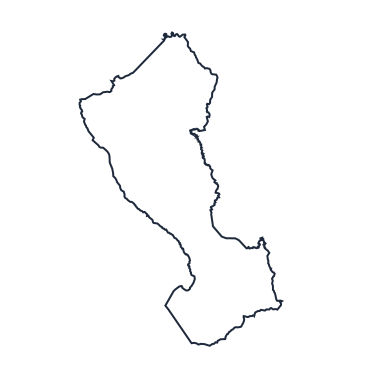 the district of Bugaba, Chiriquí, Panama, rotated 145°
{"feature_id": "35544464B94237037415944", "entity_name": "Bugaba", "entity_type": "district", "adm_level": 2, "iso_a3": "PAN", "parent_name": "Panama", "parent_adm1": "Chiriquí", "projection": "mercator", "projection_center": [-82.702, 8.679], "detail": "fine", "context": "isolated", "style": "outline", "palette": "slate", "viewbox_px": 384, "rotation_deg": 145, "n_neighbors": 0, "source": "geoboundaries", "source_scale": "gbopen_adm2", "svg_char_len": 6082}
<svg xmlns="http://www.w3.org/2000/svg" viewBox="0 0 384 384"><g transform="rotate(145 192 192)"><path d="M180.9,51.0L181.7,52.2L184.2,53.6L184.7,54.4L184.5,55.8L182.2,61.2L182.1,62.9L181.6,64.2L181.8,65.4L179.5,68.8L178.9,71.1L176.8,72.9L176.1,75.2L175.0,75.5L174.2,76.1L173.1,76.1L171.1,77.7L171.2,79.2L171.9,80.0L172.1,83.2L171.1,83.9L171.6,84.6L171.1,87.3L170.5,88.6L170.6,89.8L169.2,91.3L168.4,93.6L166.9,96.4L163.6,97.8L163.6,100.6L164.6,104.1L164.0,104.6L164.4,105.2L164.2,105.9L163.2,106.8L163.5,107.5L162.9,107.4L162.4,108.1L161.8,107.6L161.3,107.7L161.5,108.9L162.1,108.6L162.3,108.9L161.6,109.6L161.2,111.3L161.9,112.1L160.9,112.5L161.2,113.0L160.7,113.2L161.0,113.9L160.7,114.3L162.5,114.8L163.5,113.0L164.8,113.2L167.0,112.1L167.2,111.5L166.4,110.6L166.5,110.2L167.1,110.1L167.4,109.4L169.3,109.4L169.1,108.4L169.5,108.2L171.6,109.1L172.4,110.8L174.0,111.2L173.8,111.7L174.7,111.7L177.2,112.7L177.5,113.2L177.1,114.2L177.3,114.6L178.8,114.1L179.7,114.7L181.2,125.5L183.1,129.2L190.5,134.5L193.2,138.4L194.5,151.8L188.9,163.0L187.9,163.8L187.3,166.6L185.6,166.2L185.4,168.5L184.9,168.9L183.5,168.5L180.8,168.5L180.2,169.9L178.7,170.0L178.7,171.3L178.1,171.9L176.3,171.5L174.5,172.8L172.9,172.1L172.8,174.0L171.1,174.2L170.7,175.0L171.3,176.1L173.0,177.7L173.0,178.2L170.3,179.9L169.5,179.8L167.1,181.8L166.7,183.4L167.2,184.4L166.7,185.1L167.4,185.5L168.0,187.2L167.1,188.0L166.2,188.1L167.2,191.5L166.7,193.6L166.1,195.5L162.7,197.9L163.3,199.4L163.4,201.1L162.5,202.5L162.7,204.0L163.1,204.2L163.0,204.7L164.1,205.1L164.2,206.2L164.9,206.4L165.1,207.1L164.7,207.4L164.6,208.3L165.0,208.6L163.8,210.0L162.8,211.9L163.4,213.2L162.5,213.8L163.1,214.2L161.9,215.0L162.3,215.5L161.8,215.7L162.0,216.9L161.3,216.9L161.8,217.4L161.7,218.1L161.1,218.1L161.3,218.8L159.7,220.1L160.1,221.7L159.6,222.1L159.3,222.9L158.8,222.8L159.0,223.4L158.5,223.7L157.3,225.5L158.0,225.8L156.9,228.1L157.7,229.4L157.1,229.7L157.4,230.2L157.0,231.1L157.4,231.7L156.7,232.2L157.0,232.7L156.5,233.2L156.8,233.9L156.4,234.0L157.1,234.3L156.4,234.6L156.5,234.9L156.1,235.1L156.5,235.5L156.1,235.8L156.8,236.1L156.2,236.4L157.1,237.7L156.7,238.2L157.3,238.5L158.2,238.2L158.5,239.1L158.0,239.1L158.0,239.5L159.1,239.9L159.3,240.9L158.6,241.8L158.4,243.3L157.8,244.1L158.0,243.3L157.3,243.2L157.4,242.4L156.8,243.1L155.3,242.3L154.9,242.7L154.1,242.4L154.1,241.7L153.4,241.3L152.1,241.3L151.3,240.5L151.5,240.1L150.9,239.0L151.6,238.5L151.1,237.7L145.9,235.4L144.7,238.5L141.7,239.1L138.5,240.7L136.9,245.0L135.9,244.9L134.9,243.6L133.4,244.9L132.9,246.2L132.9,247.9L133.8,248.6L133.7,249.4L132.5,250.7L132.1,252.4L130.6,252.6L129.5,255.3L128.9,255.5L127.8,254.2L126.2,254.6L124.2,257.1L121.0,258.4L118.5,261.8L114.6,263.1L113.1,265.2L109.0,267.6L106.7,270.2L106.0,270.5L105.1,272.1L104.9,274.3L107.9,276.9L108.2,277.8L108.0,279.5L107.1,281.1L107.0,282.8L109.0,285.1L110.6,285.7L110.5,287.1L111.5,289.7L111.6,292.5L112.7,294.1L111.7,297.6L111.5,300.1L111.0,301.1L111.0,302.9L110.2,305.2L112.1,308.1L111.3,310.5L111.7,312.2L111.7,314.0L109.3,317.1L109.4,323.3L107.7,324.0L107.3,324.9L109.2,326.2L112.9,326.1L113.5,327.3L113.4,329.1L113.7,330.0L114.9,330.3L116.3,329.6L117.1,329.9L117.2,330.7L116.4,333.3L116.9,334.1L118.0,333.5L118.6,331.7L119.8,331.1L121.3,331.7L122.4,333.4L124.4,333.5L124.7,334.1L124.4,334.9L123.0,335.3L122.5,336.0L122.8,336.7L123.8,337.3L125.2,336.6L125.2,334.9L125.9,333.3L126.9,332.8L127.8,333.3L127.5,332.5L127.9,332.1L171.7,323.5L174.6,324.1L176.8,324.0L180.3,325.1L182.7,325.0L184.9,325.7L185.6,326.2L185.6,327.0L186.3,328.2L185.8,329.3L187.1,329.8L188.9,329.8L190.9,329.2L191.7,327.7L193.2,328.0L194.3,329.1L194.6,324.1L196.1,324.2L196.7,323.2L199.3,322.3L200.1,321.0L202.1,321.0L203.7,322.6L207.6,324.7L211.2,324.7L214.1,326.5L216.5,328.8L226.2,329.4L228.9,331.2L230.6,331.8L231.0,330.0L232.9,329.5L234.1,327.8L234.0,326.9L235.1,326.0L235.0,325.1L235.5,324.1L235.2,322.6L235.6,321.1L236.0,320.8L236.7,320.9L237.8,320.0L237.8,318.8L238.8,316.0L238.0,313.4L240.0,311.8L240.9,308.5L240.8,307.1L241.4,305.6L241.1,304.2L241.9,301.3L241.3,292.8L243.7,291.4L241.9,284.0L242.0,282.1L241.4,280.9L239.3,279.1L238.1,273.7L238.2,271.5L238.4,270.1L239.5,267.9L242.5,263.3L244.0,256.7L245.9,252.5L247.4,250.1L246.9,247.6L247.1,245.1L247.7,243.2L247.4,238.5L248.5,236.4L248.9,234.0L247.7,231.3L248.8,228.3L249.9,227.2L250.1,225.4L249.4,224.0L249.1,221.8L248.3,219.5L246.9,218.2L246.1,215.5L246.4,214.7L245.9,213.7L246.3,212.4L245.9,211.1L246.1,209.6L245.2,208.4L245.1,206.9L243.8,204.8L243.6,203.3L242.3,202.9L241.9,202.0L242.0,201.0L241.5,199.4L242.6,198.2L241.3,197.6L241.6,195.9L240.4,191.9L241.3,189.5L241.2,188.7L238.3,185.9L237.5,181.9L236.7,180.6L237.0,179.9L236.4,178.3L235.8,177.9L235.9,177.3L235.5,176.3L234.7,176.0L235.0,172.5L234.1,171.7L234.0,170.7L233.4,170.3L233.0,168.8L232.4,167.9L232.7,164.6L231.6,162.7L231.6,160.5L231.1,159.5L231.5,158.4L231.2,157.2L231.9,156.6L231.5,156.0L231.9,155.5L231.7,154.8L232.6,153.7L232.4,152.0L232.6,151.1L231.8,150.6L232.9,148.2L233.2,146.3L232.9,144.5L232.1,144.2L232.0,142.8L231.6,142.5L232.0,139.5L233.0,136.9L234.1,136.5L234.9,135.1L236.7,134.9L237.1,134.5L237.3,132.8L236.8,132.8L236.9,132.2L237.9,131.1L237.8,129.6L238.9,128.4L239.0,126.6L239.6,126.0L240.0,124.3L238.4,121.5L239.6,119.1L242.8,116.8L246.2,115.3L248.6,114.8L249.3,113.8L251.6,113.7L253.2,114.6L254.3,117.0L254.9,119.2L254.3,120.3L254.8,121.3L257.2,121.9L261.8,121.7L264.0,121.3L279.0,114.2L278.7,109.6L279.1,68.4L276.6,67.1L275.0,65.2L274.2,63.3L272.0,62.6L269.2,60.4L265.7,55.9L262.5,55.8L261.0,55.0L259.0,55.4L257.7,54.2L256.3,55.3L252.9,54.9L249.2,52.5L248.6,52.8L247.9,53.9L244.9,55.4L243.7,55.1L242.3,56.0L240.6,55.9L238.9,56.3L237.1,56.0L235.5,56.5L233.7,56.2L232.1,54.8L229.5,53.6L228.8,53.6L224.8,55.6L223.3,56.7L222.2,57.9L221.5,60.0L220.8,60.7L217.9,57.4L215.8,57.1L213.9,55.9L212.9,56.0L212.3,55.4L212.2,54.7L210.0,56.6L209.1,57.0L206.3,56.7L204.9,55.7L203.2,56.0L200.2,53.0L198.6,53.2L196.0,51.4L194.6,51.8L193.7,51.5L192.8,49.3L190.6,48.1L189.5,46.7L184.0,48.3L183.1,49.4L183.0,51.1L180.9,51.0Z" fill="none" stroke="#1e293b" stroke-width="2"/></g></svg>